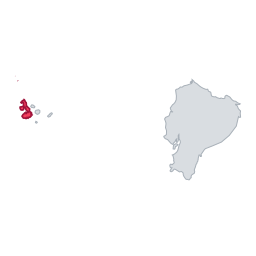 Isabela, Galápagos, Ecuador shown in context
{"feature_id": "8360857B49822942031092", "entity_name": "Isabela", "entity_type": "district", "adm_level": 2, "iso_a3": "ECU", "parent_name": "Ecuador", "parent_adm1": "Galápagos", "projection": "natural_earth1", "projection_center": [-91.231, 0.314], "detail": "fine", "context": "in_parent", "style": "filled", "palette": "rose", "viewbox_px": 256, "rotation_deg": 0, "n_neighbors": 0, "source": "geoboundaries", "source_scale": "gbopen_adm2", "svg_char_len": 7018}
<svg xmlns="http://www.w3.org/2000/svg" viewBox="0 0 256 256"><path d="M240.2,103.9L239.4,104.5L237.6,104.7L236.2,104.2L235.6,104.2L235.5,104.7L237.4,106.1L238.3,108.6L239.6,110.1L240.5,110.9L240.5,111.4L240.3,112.4L240.2,113.3L240.6,117.1L240.3,117.3L239.3,117.3L238.5,116.6L236.3,126.1L229.3,135.4L221.4,142.1L212.2,146.0L205.5,148.6L204.4,149.6L201.1,154.4L201.0,154.8L201.4,155.6L201.4,156.2L201.0,156.5L200.5,156.5L200.3,156.3L200.2,155.7L199.8,155.1L199.2,155.0L198.9,155.1L198.9,155.6L198.2,158.2L198.2,159.4L197.9,159.9L197.9,161.0L197.2,162.0L196.7,163.7L196.1,164.3L195.4,166.9L194.4,169.5L194.3,170.4L194.6,171.1L194.7,171.6L194.3,173.2L191.9,174.8L191.3,175.6L191.1,176.5L191.2,177.2L191.1,177.8L190.4,178.1L189.6,179.5L189.0,179.9L187.5,179.4L186.4,179.4L185.6,178.9L183.9,176.4L183.3,174.9L183.1,172.9L181.5,171.5L179.4,171.9L178.7,171.4L177.2,170.5L175.8,169.6L174.8,169.1L174.0,169.3L172.7,171.0L171.5,171.7L171.0,171.7L170.2,171.2L170.1,170.6L171.9,167.7L170.6,167.7L170.1,167.0L170.0,166.3L169.8,165.6L170.1,164.6L170.8,164.1L171.9,164.5L172.6,164.6L173.1,163.7L174.1,163.0L174.3,162.6L173.8,161.2L173.6,160.4L173.8,160.0L173.7,158.5L173.4,157.9L173.4,157.0L173.1,156.6L173.0,155.5L172.3,155.0L174.6,154.0L175.4,153.2L176.4,152.5L177.2,151.4L177.8,150.3L179.1,145.4L180.4,142.4L180.2,140.9L179.1,138.9L178.9,136.0L179.0,135.1L178.9,134.4L178.2,135.6L178.4,140.0L177.7,141.9L176.9,142.4L176.3,142.0L176.7,138.9L176.0,139.4L175.0,141.6L173.4,143.2L173.3,143.7L172.9,144.4L171.6,143.8L170.7,143.1L167.5,139.5L165.5,138.8L164.2,137.6L164.0,137.0L163.8,136.3L165.1,135.6L166.4,134.6L166.5,132.3L166.5,130.6L165.5,127.6L166.0,123.8L165.8,122.3L164.6,119.0L165.5,117.4L168.4,116.2L169.3,115.4L170.0,112.9L170.7,111.4L172.0,112.0L173.0,111.9L171.6,111.3L170.5,109.0L170.3,108.0L172.5,104.8L173.6,104.0L175.0,102.4L176.2,99.8L176.4,95.9L176.0,93.1L175.6,90.1L176.3,89.3L178.1,88.9L179.5,87.9L180.3,87.0L182.0,87.2L184.0,85.8L187.1,85.1L191.6,83.5L192.5,82.1L192.1,79.6L193.8,81.1L194.5,82.3L196.8,83.6L199.5,86.0L201.2,87.2L203.2,88.3L206.0,89.4L207.7,89.2L208.4,91.0L209.0,91.5L210.6,92.1L210.8,92.4L211.4,95.7L211.8,96.1L213.2,96.7L214.9,96.9L215.6,96.7L217.1,97.7L219.4,98.4L220.2,98.5L220.6,98.4L220.8,98.0L221.4,98.1L222.5,98.5L223.9,98.6L224.8,98.2L225.0,96.4L225.3,96.0L226.4,95.3L226.9,95.4L229.6,96.9L230.2,97.4L230.9,98.4L232.2,99.9L233.6,100.9L235.7,101.3L237.8,102.9L240.2,103.9ZM25.2,101.9L26.1,102.9L26.5,105.7L29.2,108.7L29.6,110.4L29.3,111.2L29.5,111.5L30.8,112.7L31.6,114.0L30.2,116.9L27.1,118.1L23.9,118.1L23.3,117.8L22.4,116.6L22.2,115.7L22.7,114.7L24.4,113.2L27.0,111.9L27.3,111.0L26.3,110.0L25.6,108.1L23.9,106.7L23.1,102.6L22.6,102.4L21.5,103.0L21.0,102.5L20.9,102.2L22.1,101.3L22.3,100.6L24.0,100.3L24.8,100.8L25.2,101.9ZM37.8,114.3L37.1,114.3L35.1,112.8L35.2,111.3L36.0,110.3L38.7,109.8L39.9,110.7L39.8,112.5L38.8,113.8L38.1,114.0L37.8,114.3ZM175.0,148.5L174.7,149.1L173.4,149.0L173.1,148.9L173.4,146.0L173.7,145.1L174.8,144.2L175.7,143.8L176.8,143.8L178.0,144.7L176.6,146.1L175.5,146.5L175.0,148.5ZM23.2,109.4L21.8,109.7L20.7,109.2L20.2,108.3L20.1,107.1L20.2,106.7L22.7,106.2L23.5,107.3L23.5,108.8L23.2,109.4ZM50.2,116.4L48.6,117.1L47.7,116.5L47.6,116.1L48.5,115.1L49.3,114.6L50.1,113.5L51.5,112.8L51.9,113.0L52.2,113.2L52.3,113.6L51.8,114.5L51.0,115.1L50.2,116.4ZM34.6,107.5L34.0,107.9L31.5,107.4L30.7,106.5L31.3,105.3L31.9,104.8L33.4,105.2L34.9,106.6L34.6,107.5ZM36.7,123.1L36.1,123.1L35.4,122.5L35.9,121.3L37.0,121.9L37.3,122.4L36.7,123.1ZM191.4,82.8L190.7,82.9L190.3,82.2L191.2,81.3L191.6,81.1L191.4,82.8Z" fill="#d9dde1" stroke="#a8b0b8" stroke-width="1"/><path d="M24.3,99.7L24.2,99.8L24.0,99.7L24.0,99.9L23.8,100.0L23.7,100.2L23.7,100.3L23.4,100.4L23.0,100.6L22.8,100.5L22.7,100.6L22.3,100.7L22.3,100.9L22.3,101.0L22.2,101.1L22.1,101.3L22.0,101.5L21.9,101.7L21.5,102.0L21.2,102.0L20.9,102.4L21.1,102.6L21.3,103.0L21.5,103.1L21.7,102.9L22.0,102.9L22.6,102.5L23.0,102.5L23.3,102.7L23.3,102.8L23.5,103.2L23.4,103.3L23.5,103.7L23.4,103.9L23.5,104.1L23.4,104.4L23.5,104.8L23.8,105.3L23.8,105.5L23.6,105.5L23.6,105.8L23.7,106.1L23.7,106.3L23.8,106.4L24.0,106.5L24.1,106.8L24.2,107.2L24.4,107.3L24.6,107.6L24.9,107.7L25.0,107.8L25.1,107.7L25.1,107.8L25.3,108.0L25.2,108.1L25.4,108.2L25.5,108.2L25.6,108.3L25.9,108.4L25.9,108.5L25.8,109.3L25.9,109.7L26.2,110.0L26.6,110.3L27.2,110.9L27.5,111.1L27.6,111.4L27.8,111.4L27.8,111.5L27.9,111.8L27.7,112.0L27.7,112.3L27.5,112.2L27.3,112.2L27.3,112.3L27.2,112.4L26.9,112.5L27.0,112.6L26.9,112.8L26.7,112.8L26.6,113.0L26.5,112.9L26.4,113.0L26.4,112.8L26.2,112.8L26.1,112.7L26.1,112.8L26.0,112.7L25.9,112.7L25.6,112.8L25.5,113.0L25.3,113.0L25.0,113.0L24.9,113.1L24.6,113.0L24.5,113.3L24.4,113.4L24.3,113.5L24.2,113.5L24.0,113.8L23.9,114.0L23.7,114.1L23.4,114.2L23.4,114.3L23.1,114.5L22.8,115.0L22.4,115.4L22.1,116.0L22.0,116.4L22.1,116.6L22.4,116.9L22.6,117.0L22.8,117.0L22.9,117.4L22.9,117.5L23.0,117.7L23.0,117.8L23.3,118.0L23.5,118.1L23.8,118.2L24.2,118.0L24.4,118.1L24.6,118.1L25.3,118.2L25.5,118.2L25.6,118.3L25.7,118.2L25.7,118.3L25.8,118.3L26.0,118.5L26.3,118.5L26.5,118.5L26.7,118.4L26.8,118.4L27.0,118.3L27.1,118.2L27.3,118.1L27.6,118.0L27.6,117.9L27.7,118.0L27.9,117.9L28.1,118.0L28.1,117.8L28.3,117.8L28.4,117.7L28.5,117.6L28.8,117.5L28.8,117.4L29.0,117.2L29.3,117.1L29.5,117.2L29.5,117.3L29.5,117.2L29.7,117.3L29.8,117.2L30.2,117.1L30.3,116.9L30.4,116.7L30.5,116.5L30.8,116.5L31.0,116.4L30.9,116.0L31.0,115.9L31.0,115.7L31.1,115.2L31.2,114.9L31.3,114.9L31.2,114.8L31.3,114.7L31.6,114.5L31.7,114.3L31.7,114.2L31.8,114.3L31.8,114.2L31.7,113.9L31.8,113.9L31.6,113.8L31.4,113.7L31.5,113.7L31.4,113.6L31.2,113.6L31.2,113.4L31.3,113.4L31.2,113.2L31.0,113.3L30.9,113.2L31.1,112.9L30.9,112.9L30.8,112.7L30.8,112.4L30.7,112.4L30.5,112.2L30.5,112.3L30.5,112.0L30.3,112.0L30.3,111.7L30.2,111.9L30.2,111.7L30.1,111.9L30.0,112.0L29.9,112.0L29.7,111.9L29.5,111.7L29.4,111.6L29.5,111.3L29.5,111.2L29.3,111.2L29.2,111.3L29.2,111.2L29.3,111.1L29.5,111.0L29.5,110.8L29.6,110.6L29.6,110.3L29.6,110.2L29.6,109.9L29.7,109.6L29.6,109.4L29.6,109.2L29.6,108.9L29.4,108.9L29.1,108.5L29.1,108.4L28.9,108.2L28.7,107.9L28.3,107.6L28.1,107.5L27.8,107.3L27.4,107.0L27.6,107.0L27.6,106.9L27.4,106.8L27.4,106.7L26.9,106.2L26.8,105.9L26.5,105.7L26.4,105.4L26.4,104.7L26.4,104.4L26.4,104.2L26.4,103.7L26.2,102.6L25.9,102.3L25.7,102.2L25.6,101.9L25.4,101.7L25.2,101.6L25.2,101.4L25.1,101.2L25.0,100.9L24.9,100.9L24.8,100.6L24.7,100.2L24.5,99.9L24.4,99.8L24.3,99.7L24.3,99.7ZM22.7,106.3L22.4,106.4L22.1,106.6L21.7,106.7L21.4,106.9L20.7,106.9L20.1,107.0L20.0,107.3L20.1,107.5L20.1,108.3L20.2,108.6L20.4,108.9L20.5,109.3L20.7,109.5L20.8,109.8L21.4,109.9L21.7,109.9L21.7,110.0L21.9,110.0L22.0,110.1L22.3,110.1L23.2,109.9L23.3,109.8L23.5,109.7L23.7,109.3L23.7,109.0L23.6,108.9L23.7,108.7L23.8,108.4L23.8,108.2L23.8,107.7L23.7,107.6L23.6,107.4L23.6,107.2L23.4,106.9L23.5,106.9L23.4,106.8L23.3,106.7L23.1,106.5L22.9,106.4L22.7,106.3ZM17.9,80.6L17.9,80.8L18.0,80.9L17.9,80.7L17.9,80.6ZM15.4,76.1L15.5,76.2L15.4,76.1Z" fill="#f43f5e" stroke="#9f1239" stroke-width="1.5"/></svg>